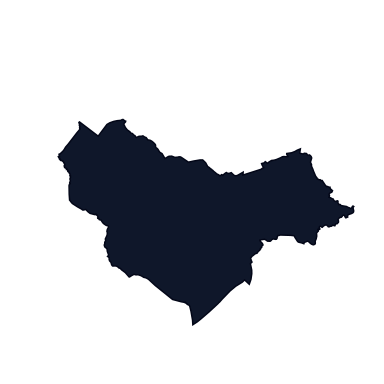 outline of Mueang Lop Buri, Lop Buri, Thailand, rotated 224°
{"feature_id": "78962969B19058811012170", "entity_name": "Mueang Lop Buri", "entity_type": "district", "adm_level": 2, "iso_a3": "THA", "parent_name": "Thailand", "parent_adm1": "Lop Buri", "projection": "orthographic", "projection_center": [100.688, 14.804], "detail": "fine", "context": "isolated", "style": "filled", "palette": "ink", "viewbox_px": 384, "rotation_deg": 224, "n_neighbors": 0, "source": "geoboundaries", "source_scale": "gbopen_adm2", "svg_char_len": 5989}
<svg xmlns="http://www.w3.org/2000/svg" viewBox="0 0 384 384"><g transform="rotate(224 192 192)"><path d="M99.2,97.1L98.0,102.3L97.4,107.2L96.4,118.4L95.8,129.4L95.8,130.9L96.0,131.5L95.7,131.8L95.9,136.0L95.9,147.2L95.1,154.6L93.2,162.1L93.1,165.3L86.7,165.4L88.9,170.1L92.2,174.7L94.8,177.3L100.3,181.1L100.1,183.1L100.8,183.6L102.1,183.9L102.8,184.6L103.4,184.7L104.1,185.4L104.2,185.8L104.0,186.3L104.2,187.4L103.9,189.1L103.7,191.2L102.7,193.3L103.1,195.3L102.8,197.1L103.1,197.8L103.1,198.4L103.3,198.4L103.3,199.0L103.5,199.1L103.5,200.7L103.9,200.8L104.2,201.8L104.0,202.8L104.4,203.4L105.7,203.9L108.2,204.0L109.5,204.2L109.8,204.7L107.0,208.4L104.8,209.0L103.7,209.0L101.6,210.8L101.4,211.7L101.5,213.3L101.1,214.4L100.8,214.8L99.0,216.0L98.5,216.7L98.6,217.6L99.8,219.4L100.0,220.4L99.5,220.7L98.7,222.3L91.0,229.3L88.1,231.5L86.2,230.8L81.8,229.8L81.0,229.8L80.2,230.1L77.9,231.5L75.6,232.5L76.2,233.7L74.7,237.0L73.6,237.3L71.5,237.3L69.8,237.5L68.1,238.2L67.4,239.5L67.4,240.4L67.9,241.0L69.3,242.3L70.1,244.5L71.6,246.9L73.9,249.0L74.0,249.5L74.0,251.6L74.4,252.0L75.4,252.1L75.6,252.6L75.3,253.2L74.3,253.6L74.2,254.0L74.6,254.4L75.8,254.8L76.2,255.5L76.1,256.1L75.6,256.7L74.2,256.9L73.8,257.1L73.8,258.7L73.3,260.7L72.9,261.0L72.6,261.6L71.9,261.8L70.8,261.7L70.2,262.0L69.8,261.7L69.2,262.1L68.7,263.4L68.1,264.0L67.8,264.7L67.8,265.8L65.8,266.9L66.5,269.0L65.6,269.9L65.6,271.9L66.5,273.0L67.2,273.2L67.8,273.6L68.1,275.9L67.0,277.7L67.2,280.3L67.0,280.6L66.0,281.1L64.6,280.4L63.5,280.2L63.3,280.4L62.6,282.2L63.2,282.5L63.6,282.8L63.8,284.3L62.2,287.5L61.8,289.0L61.9,289.7L62.5,290.7L65.2,292.5L65.5,293.2L65.5,293.9L66.1,293.9L66.6,293.4L66.5,292.7L66.1,291.6L66.2,290.4L67.2,290.2L68.9,289.4L70.8,288.9L74.6,286.3L75.6,285.8L76.7,285.9L77.3,285.6L77.6,284.9L79.4,285.5L80.6,286.8L81.1,286.8L81.5,286.5L81.9,285.1L82.5,284.9L82.9,284.5L84.1,284.5L85.5,285.0L85.6,284.8L88.6,284.0L89.8,283.4L90.8,285.1L91.1,285.2L91.7,285.2L91.9,285.4L92.1,286.9L91.3,289.0L91.8,290.5L92.5,290.3L93.3,290.7L93.6,290.5L93.8,290.1L94.0,290.1L96.2,291.3L96.6,290.6L98.3,290.2L98.8,289.4L100.3,289.5L100.5,289.4L106.4,290.7L106.7,290.5L106.7,290.0L107.0,289.8L107.6,289.7L108.3,289.9L109.2,289.0L109.9,289.0L110.8,288.4L112.0,289.0L113.9,289.2L119.1,291.4L120.8,292.3L123.6,293.4L124.3,294.0L125.3,294.3L125.2,294.8L127.5,295.7L129.4,299.4L129.8,299.8L131.0,300.3L132.1,300.4L133.2,300.3L133.4,299.9L134.6,298.8L136.0,299.2L136.4,299.2L138.2,297.8L138.3,296.6L141.4,294.8L141.6,294.9L144.0,298.3L145.4,295.1L146.1,292.6L147.6,289.4L150.6,285.5L150.2,285.0L147.6,284.2L149.3,282.3L150.5,281.4L151.5,280.1L152.0,278.3L153.7,274.3L154.5,272.8L156.3,270.1L156.5,270.2L156.8,269.6L157.5,266.8L157.6,265.1L160.4,264.7L160.3,263.3L160.5,262.1L160.9,262.2L161.7,260.8L160.1,260.0L157.4,259.3L157.9,257.9L158.0,256.8L157.9,256.7L167.1,239.6L169.0,241.8L170.7,235.9L171.6,234.1L173.4,233.2L177.2,233.2L178.1,231.4L179.2,230.2L180.8,229.9L181.1,228.9L181.4,226.6L181.3,225.2L182.2,225.1L182.5,225.3L182.7,225.2L183.1,223.0L184.8,222.9L187.1,222.1L188.1,222.2L190.8,221.9L192.0,222.0L192.4,221.8L193.6,221.9L194.9,221.6L196.6,221.6L198.4,221.2L202.5,222.5L206.6,222.5L208.6,220.5L212.5,215.2L215.3,211.0L223.8,209.5L224.7,209.2L225.7,208.4L226.6,207.0L228.1,205.3L228.6,204.9L231.5,203.7L233.3,201.8L233.7,201.0L234.7,197.3L240.2,198.8L242.9,198.2L246.4,199.1L247.7,199.1L248.4,198.9L249.3,199.0L250.8,200.4L251.5,200.7L254.0,200.8L256.3,200.6L258.1,200.1L260.0,198.8L262.8,199.3L264.3,198.6L266.3,198.3L267.0,197.1L268.8,195.3L269.8,192.7L270.1,192.5L272.3,192.9L273.6,192.5L275.4,192.7L276.9,191.9L278.6,192.2L281.6,191.7L284.7,192.1L288.0,193.3L288.5,194.0L288.5,196.2L288.9,196.9L289.7,196.5L291.9,196.3L292.5,195.7L293.0,194.1L295.3,191.4L297.3,188.5L299.2,184.7L300.1,181.5L298.3,167.0L322.2,164.2L321.8,164.1L321.6,163.4L321.1,163.4L320.7,162.9L320.4,163.1L320.0,162.8L319.5,161.9L319.1,161.5L318.3,161.5L318.2,161.1L317.7,160.7L317.6,160.2L317.0,159.8L316.6,159.8L316.5,159.3L316.2,159.2L315.9,154.5L314.3,140.3L314.1,136.5L313.4,133.6L313.2,131.6L313.4,127.8L313.9,126.9L313.6,126.5L313.1,126.5L312.6,125.7L312.4,125.7L312.7,124.8L311.7,124.9L311.7,124.2L311.2,124.3L310.8,124.0L310.3,124.3L310.0,123.6L309.1,123.9L308.7,123.5L308.4,123.8L307.9,123.7L307.8,124.0L307.1,124.4L306.4,124.3L306.2,124.6L305.8,124.3L305.3,124.4L304.5,123.9L304.1,124.2L302.9,123.5L302.5,123.5L302.1,123.0L302.3,122.5L302.0,122.3L302.1,122.1L301.9,121.8L301.3,121.8L300.8,121.2L299.8,121.5L299.7,121.3L299.3,121.5L298.7,121.6L298.1,121.1L297.9,121.6L297.6,121.5L297.1,121.6L296.5,121.0L296.2,121.0L295.9,120.7L295.3,121.1L294.8,120.8L294.8,120.6L293.9,120.7L293.4,120.3L293.0,120.4L292.9,120.2L291.8,119.9L291.3,119.5L291.3,119.1L290.6,119.1L290.6,118.7L289.7,118.3L289.4,117.5L288.9,117.1L288.9,116.6L287.6,115.8L287.0,115.3L286.9,114.7L286.3,113.5L285.5,113.4L285.4,112.1L284.9,111.2L278.8,105.1L274.4,101.1L273.8,101.2L273.0,100.9L270.1,100.6L264.0,101.8L259.5,103.0L258.2,103.1L257.7,103.5L256.2,105.7L253.4,105.5L250.5,105.8L246.5,108.0L246.0,108.5L245.9,109.3L245.6,109.5L245.2,109.3L245.2,109.0L244.7,109.1L244.6,109.4L244.2,109.5L243.6,109.2L243.0,109.1L242.0,108.6L241.9,107.8L241.5,107.6L240.6,108.0L239.5,107.7L237.9,108.6L234.9,107.9L233.1,107.9L230.4,108.4L229.2,109.2L228.7,109.3L228.1,109.1L227.6,108.6L226.9,106.2L225.9,104.6L224.5,103.8L223.1,102.0L221.7,98.0L220.2,96.9L219.9,95.3L218.9,94.3L218.4,93.1L217.9,92.6L216.5,91.9L214.3,92.1L213.4,91.9L211.6,90.4L208.5,88.9L208.0,88.2L208.0,87.0L206.0,87.3L205.0,86.1L203.5,85.2L201.4,85.1L199.2,83.8L197.9,83.6L197.6,83.7L195.9,85.5L194.7,86.3L193.4,86.6L191.7,86.6L190.7,87.2L188.5,87.1L184.0,87.7L178.2,87.2L177.9,87.5L177.3,90.2L176.5,92.5L174.7,93.5L173.9,94.5L172.5,95.5L170.2,96.5L167.4,97.1L166.0,98.0L164.8,98.5L162.6,99.0L153.5,99.2L131.3,101.2L123.6,105.5L120.9,107.3L120.1,107.5L120.3,108.0L117.3,107.9L117.3,108.2L115.0,108.5L114.0,108.1L109.7,105.4L102.6,100.2L99.2,97.1Z" fill="#0f172a" stroke="#020617" stroke-width="1.5"/></g></svg>